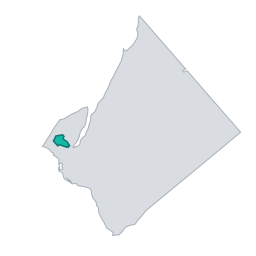 Al-Hasna, Shamal Sina', Egypt shown in context, rotated 229°
{"feature_id": "37247803B43495383669597", "entity_name": "Al-Hasna", "entity_type": "district", "adm_level": 2, "iso_a3": "EGY", "parent_name": "Egypt", "parent_adm1": "Shamal Sina'", "projection": "equal_earth", "projection_center": [33.353, 30.276], "detail": "fine", "context": "in_parent", "style": "filled", "palette": "teal", "viewbox_px": 256, "rotation_deg": 229, "n_neighbors": 0, "source": "geoboundaries", "source_scale": "gbopen_adm2", "svg_char_len": 3356}
<svg xmlns="http://www.w3.org/2000/svg" viewBox="0 0 256 256"><g transform="rotate(229 128 128)"><path d="M205.1,210.2L200.9,210.2L196.6,210.2L192.3,210.2L188.1,210.2L183.8,210.2L179.6,210.2L175.3,210.2L171.1,210.2L166.8,210.2L162.6,210.2L158.3,210.2L154.1,210.2L149.8,210.2L145.6,210.2L141.3,210.2L137.0,210.2L134.6,210.2L135.0,208.7L135.3,207.6L135.0,206.8L134.2,206.6L133.6,206.8L132.4,210.1L131.7,210.2L130.2,210.2L125.2,210.2L120.3,210.2L115.3,210.2L110.4,210.2L105.4,210.2L100.5,210.2L95.5,210.2L90.6,210.2L85.6,210.2L80.7,210.2L75.7,210.2L70.7,210.2L65.8,210.2L60.8,210.2L55.9,210.2L50.9,210.2L51.0,206.3L51.1,202.4L51.2,198.5L51.3,194.6L51.3,190.7L51.4,186.8L51.5,182.9L51.6,179.1L51.7,175.2L51.8,171.3L51.9,167.5L51.9,163.6L52.0,159.7L52.1,155.9L52.2,152.0L52.3,148.2L52.4,144.3L52.5,140.5L52.6,136.6L52.7,132.8L52.8,129.0L52.9,125.2L53.0,121.3L53.1,117.5L53.2,113.7L53.3,109.9L53.4,106.1L53.5,102.3L53.6,98.5L53.7,94.7L53.8,90.9L53.9,87.1L53.8,86.4L53.2,83.9L52.6,80.6L52.0,76.6L52.0,75.3L51.0,71.2L50.9,70.0L51.2,69.2L53.2,65.7L53.8,64.1L54.4,62.0L54.6,60.4L54.1,57.9L53.5,55.7L53.4,53.4L53.3,51.1L54.3,49.6L55.5,48.1L56.0,47.2L56.7,46.2L57.2,45.8L58.1,47.8L60.0,48.1L66.5,46.3L73.4,48.2L77.3,48.8L83.3,50.4L86.9,53.1L87.8,53.5L90.5,53.4L92.2,55.1L99.0,55.8L102.6,57.6L104.7,59.1L105.9,59.5L107.0,59.4L108.5,58.9L110.4,57.9L112.4,56.5L116.7,52.9L118.2,52.3L119.2,52.4L120.4,52.4L120.9,51.4L121.5,50.7L121.9,50.0L122.6,49.1L124.8,48.8L129.2,47.2L128.7,48.0L124.7,49.7L126.4,50.0L128.1,49.4L130.1,49.0L130.5,48.2L130.8,46.8L131.2,46.6L132.6,46.9L136.7,49.0L137.7,49.1L140.6,47.9L141.2,47.7L142.2,48.3L144.3,51.0L143.5,50.9L141.3,48.6L141.1,49.8L139.7,51.8L141.4,52.7L142.7,53.0L143.4,54.1L143.8,55.1L145.2,54.7L146.1,53.3L145.6,52.6L145.3,51.8L145.7,51.8L146.6,52.4L149.2,55.0L150.1,55.5L151.1,55.4L153.3,54.7L153.8,54.8L156.7,53.9L157.0,54.6L157.5,55.3L159.8,54.5L163.4,54.5L166.4,53.7L169.8,51.6L170.0,51.3L170.2,51.8L170.6,53.2L171.7,56.8L172.6,59.5L173.7,63.4L174.1,64.9L174.2,65.9L175.9,70.2L176.9,73.7L177.6,76.5L178.6,80.7L179.0,82.2L178.3,82.9L176.9,85.6L175.5,94.3L173.3,101.0L173.1,105.3L172.8,106.8L171.7,109.0L170.5,111.1L168.3,110.0L164.7,106.3L162.5,102.8L160.3,100.5L158.2,97.5L157.6,95.3L157.6,93.9L156.7,90.6L156.0,89.0L153.4,85.4L152.7,83.5L152.1,82.6L151.5,81.4L150.6,76.8L149.6,73.8L148.4,74.6L148.6,75.9L147.6,77.6L147.0,79.6L147.5,81.2L149.6,83.7L150.0,84.8L150.5,87.1L150.4,90.3L150.7,91.4L152.3,93.8L152.9,95.2L153.2,96.4L153.7,97.5L155.3,99.6L157.6,103.6L159.7,106.2L161.3,107.5L162.0,108.8L162.1,112.1L162.0,113.7L163.4,116.7L163.9,118.3L165.2,119.5L165.8,120.9L166.4,123.2L167.2,130.0L168.4,131.7L172.0,140.7L175.0,146.4L176.5,150.7L178.7,155.9L183.2,167.3L185.8,170.8L186.8,172.8L188.7,174.3L190.8,176.6L188.8,176.3L188.4,176.5L187.7,176.9L187.4,178.2L187.2,179.3L187.5,185.1L188.0,188.1L189.8,193.7L191.1,195.4L191.7,196.5L192.6,197.3L196.7,199.2L199.1,203.3L204.6,208.4L205.1,209.9L205.1,210.2Z" fill="#d9dde1" stroke="#a8b0b8" stroke-width="1"/><path d="M153.0,72.4L157.8,73.0L158.1,73.0L159.4,72.5L161.3,72.1L162.6,72.1L162.9,72.3L163.2,73.3L163.4,73.9L163.9,74.2L164.3,74.2L164.8,74.3L165.5,74.2L165.9,74.0L169.3,68.3L167.1,63.2L164.1,63.2L160.7,63.2L160.4,65.3L157.8,66.8L154.0,68.9L154.2,69.4L154.1,70.1L152.7,70.1L152.9,70.8L152.9,72.2L153.0,72.4Z" fill="#14b8a6" stroke="#0f766e" stroke-width="1.5"/></g></svg>